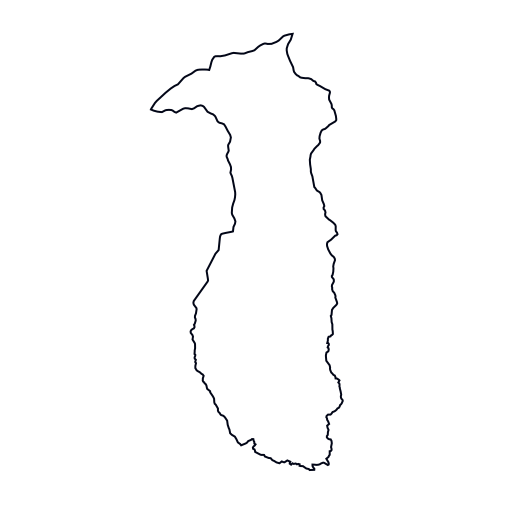 Othaya, Central, Kenya, rotated 85°
{"feature_id": "3690345B44721723206287", "entity_name": "Othaya", "entity_type": "district", "adm_level": 2, "iso_a3": "KEN", "parent_name": "Kenya", "parent_adm1": "Central", "projection": "mercator", "projection_center": [36.828, -0.553], "detail": "fine", "context": "isolated", "style": "outline", "palette": "ink", "viewbox_px": 512, "rotation_deg": 85, "n_neighbors": 0, "source": "geoboundaries", "source_scale": "gbopen_adm2", "svg_char_len": 6092}
<svg xmlns="http://www.w3.org/2000/svg" viewBox="0 0 512 512"><g transform="rotate(85 256 256)"><path d="M102.3,345.2L103.6,341.6L104.3,338.2L104.4,337.0L103.0,333.7L102.8,332.6L102.8,330.1L103.2,327.6L103.8,326.4L105.4,324.6L106.2,323.0L103.0,315.9L102.7,314.6L102.6,313.4L103.0,310.8L104.1,307.1L103.5,304.9L101.7,301.7L101.4,300.4L101.1,298.1L101.5,296.8L102.1,295.7L102.9,294.8L108.1,291.7L110.1,288.6L111.1,286.5L112.8,284.8L113.9,284.2L118.4,282.6L119.3,281.8L120.1,280.8L120.9,278.4L122.0,276.4L124.4,275.1L128.8,273.3L133.1,271.2L135.7,270.7L139.9,271.9L142.7,273.9L143.7,274.2L145.2,274.2L148.7,274.0L149.6,274.4L151.9,275.9L153.2,276.5L154.6,276.6L157.2,275.7L158.3,275.6L162.5,273.9L165.2,273.2L167.7,273.3L170.7,274.2L171.7,274.0L174.1,273.1L176.2,272.7L190.5,271.2L192.8,271.3L195.7,271.8L198.4,272.6L201.9,274.2L205.5,275.5L210.6,276.3L211.7,276.3L213.0,276.0L216.6,274.3L219.7,273.5L222.0,274.1L225.1,275.9L229.5,276.8L229.7,277.8L230.4,284.4L230.8,287.3L231.1,288.6L232.2,289.5L233.5,290.1L235.2,290.5L246.8,292.7L250.2,296.2L266.5,306.5L274.7,305.9L276.2,305.9L277.2,306.4L295.4,321.9L296.8,322.4L298.1,322.4L299.2,322.1L302.7,319.9L303.8,319.8L307.9,320.8L310.3,322.0L312.0,322.2L313.5,321.7L315.1,321.7L318.1,322.9L319.2,323.8L320.3,323.4L321.6,323.5L322.7,324.2L323.3,325.7L324.1,326.9L325.3,327.7L326.9,327.7L329.2,326.2L330.8,325.8L333.7,326.5L337.2,324.7L338.3,324.4L342.6,324.7L344.7,325.3L345.8,325.4L348.3,325.8L349.0,325.1L350.1,325.2L351.6,326.0L352.9,326.0L354.1,325.0L356.3,325.8L357.5,325.1L360.2,326.0L362.4,326.2L364.7,325.1L365.6,324.1L366.9,322.1L368.6,320.6L369.4,319.4L370.8,318.6L373.2,319.6L375.6,319.9L376.6,319.5L377.5,318.5L378.4,318.3L379.2,317.3L380.6,316.7L383.1,316.4L384.1,316.2L386.7,313.5L387.9,313.5L391.6,311.4L393.1,310.7L394.5,310.2L398.0,310.3L399.6,310.0L400.5,309.1L404.6,307.2L406.7,307.4L407.8,307.1L408.7,306.4L409.5,305.7L410.6,305.3L411.4,304.6L412.2,302.7L413.1,301.7L414.2,300.9L417.5,299.1L421.7,298.9L425.2,298.1L426.5,297.6L430.3,297.2L432.0,295.7L434.1,292.8L436.8,291.5L440.1,290.3L442.0,288.1L443.3,287.3L441.8,282.5L441.1,281.2L439.7,279.9L438.8,277.1L438.0,275.9L438.2,274.6L439.7,274.5L441.1,273.9L442.7,274.0L443.6,272.9L444.6,273.7L445.5,275.0L446.5,275.8L447.8,275.7L448.5,274.4L449.7,274.0L451.1,273.9L454.3,268.9L454.7,267.6L454.7,266.4L454.9,265.3L456.5,264.6L458.3,261.0L458.7,259.0L460.8,257.5L461.8,255.7L463.4,253.6L464.5,250.7L462.9,248.2L463.7,246.8L464.0,245.6L462.4,242.6L463.9,239.8L464.8,240.3L465.8,240.5L466.9,239.2L465.7,237.8L466.4,236.6L466.2,234.5L467.1,233.4L466.8,232.1L467.3,230.7L468.8,230.9L469.2,229.6L469.4,227.6L472.1,224.4L472.8,222.0L473.9,221.2L474.1,216.6L473.1,216.4L471.4,217.5L470.1,218.0L468.7,217.9L469.0,215.7L469.3,214.4L469.4,212.5L469.1,210.7L468.3,209.2L467.7,207.1L468.0,206.1L470.5,202.7L470.1,201.8L469.0,201.6L467.6,201.9L464.1,203.6L462.5,201.3L461.2,200.6L460.5,199.9L456.9,199.6L456.8,198.5L455.8,197.6L454.4,197.6L452.9,197.9L449.2,196.8L446.8,196.9L445.2,197.6L445.0,198.9L444.3,200.1L442.9,201.2L441.6,201.1L440.5,200.1L437.7,199.7L435.6,198.9L433.3,199.7L431.2,199.9L429.7,197.8L426.9,198.6L425.4,199.4L424.0,199.4L422.7,200.0L421.5,199.6L420.3,198.1L420.5,195.6L419.8,194.7L418.1,193.3L417.8,192.0L417.2,190.6L416.2,189.2L414.9,188.1L414.5,186.8L413.3,185.8L411.8,185.2L411.2,184.3L410.3,183.5L407.9,182.2L406.8,182.4L405.7,183.3L404.6,183.7L403.1,183.7L401.6,183.2L398.3,183.5L395.4,184.0L394.2,184.0L393.2,184.3L391.7,184.0L390.3,184.1L389.2,185.0L387.2,183.7L386.3,184.5L385.1,186.1L384.9,187.4L383.7,187.4L382.0,187.9L381.1,189.3L379.7,190.2L378.6,191.2L376.0,192.0L374.6,192.1L373.5,191.9L371.2,192.2L366.5,195.1L362.5,195.1L360.9,195.0L358.3,194.2L357.3,192.3L355.6,191.7L354.2,191.8L353.4,192.6L352.1,192.1L351.0,191.2L350.0,191.1L349.1,191.6L348.9,192.6L346.7,191.8L344.6,191.6L342.8,190.7L342.6,188.8L341.7,188.2L341.2,187.0L340.4,186.2L337.5,186.1L336.0,186.3L330.7,185.9L328.4,186.4L324.6,186.3L322.2,186.7L321.3,185.9L316.3,185.0L314.4,183.5L311.7,180.2L310.5,179.3L309.2,179.3L304.3,180.6L303.1,180.3L302.0,180.4L299.4,181.3L297.8,182.6L295.5,183.1L294.5,182.8L293.0,183.1L291.5,182.8L288.8,181.0L287.8,180.6L286.0,180.6L283.6,182.2L282.5,182.2L281.6,181.4L278.4,180.4L274.9,179.9L273.2,180.0L270.6,179.3L267.1,177.7L265.8,177.7L264.7,178.1L263.6,178.7L262.0,180.4L260.0,181.7L255.7,183.5L252.3,184.3L250.9,184.3L249.7,184.1L248.5,183.6L246.3,179.8L242.6,175.3L242.4,173.9L241.4,172.9L239.7,173.3L238.4,174.2L237.2,174.4L233.3,174.0L231.7,174.4L229.6,176.1L226.8,179.1L226.1,180.1L222.5,183.3L221.3,183.5L220.2,183.5L218.8,183.0L217.1,183.2L215.9,183.8L215.1,184.5L213.7,184.5L212.2,183.6L210.2,183.9L206.3,185.2L200.9,185.5L198.9,186.4L197.9,187.1L196.3,189.4L195.5,190.0L193.4,191.1L192.4,191.9L181.6,192.9L178.3,193.8L176.8,194.0L174.3,193.8L169.5,194.1L164.8,194.0L161.7,193.1L160.2,192.8L158.7,192.2L155.4,189.3L154.3,188.5L151.9,185.7L151.0,184.4L148.6,182.3L147.1,182.1L144.5,182.6L142.2,182.2L138.8,180.9L136.7,179.6L136.1,178.7L135.7,177.7L135.5,176.4L134.8,175.2L132.8,172.5L131.9,171.7L128.9,165.4L127.8,164.3L126.7,164.1L123.5,164.2L117.7,165.3L116.4,166.1L115.6,167.1L114.6,167.5L112.4,167.4L111.1,167.6L106.6,169.5L104.6,169.5L102.7,169.2L99.7,168.1L98.7,168.1L97.7,168.6L95.8,172.5L92.3,177.4L90.7,180.1L89.8,181.0L88.7,181.1L87.3,181.9L86.6,183.6L84.6,185.6L83.5,188.2L83.1,191.8L82.4,195.0L81.9,196.4L80.3,198.1L79.7,199.2L78.2,200.6L75.9,202.0L74.5,202.3L71.1,202.6L64.5,205.1L59.6,206.6L57.4,207.2L53.9,207.5L51.9,207.3L49.4,206.3L47.6,205.5L43.5,202.5L37.9,200.2L38.1,203.7L39.0,208.5L39.6,209.9L43.4,214.7L44.5,217.0L46.0,222.0L45.8,225.8L45.2,227.8L45.1,229.1L45.4,230.4L46.6,233.4L47.8,235.5L50.9,239.6L51.5,241.8L52.2,246.3L53.1,249.4L53.3,250.7L53.1,253.3L51.7,260.6L51.9,262.4L53.5,269.4L53.9,274.2L53.6,276.8L53.5,279.1L54.0,280.3L56.7,282.5L58.9,283.5L63.3,285.0L66.6,286.4L66.1,288.3L65.8,290.6L65.4,295.6L65.5,298.1L66.1,300.1L68.7,304.4L71.3,311.0L72.4,312.7L78.2,318.8L79.5,322.3L81.7,326.3L85.6,332.0L92.8,341.3L94.7,343.3L100.0,347.4L100.9,347.9L102.3,345.2Z" fill="none" stroke="#020617" stroke-width="2"/></g></svg>